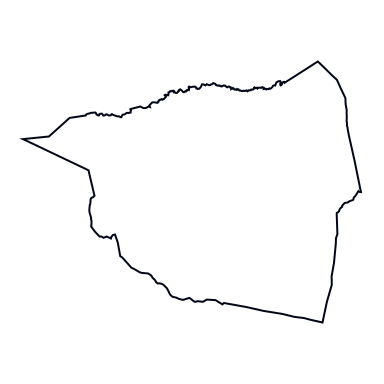 outline of Santiago Xiacuí, Oaxaca, Mexico
{"feature_id": "50627088B71716696666560", "entity_name": "Santiago Xiacuí", "entity_type": "district", "adm_level": 2, "iso_a3": "MEX", "parent_name": "Mexico", "parent_adm1": "Oaxaca", "projection": "orthographic", "projection_center": [-96.402, 17.272], "detail": "fine", "context": "isolated", "style": "outline", "palette": "ink", "viewbox_px": 384, "rotation_deg": 0, "n_neighbors": 0, "source": "geoboundaries", "source_scale": "gbopen_adm2", "svg_char_len": 5553}
<svg xmlns="http://www.w3.org/2000/svg" viewBox="0 0 384 384"><path d="M361.0,192.1L360.3,189.0L354.5,160.5L348.7,134.6L347.3,126.7L346.9,125.4L347.0,123.2L346.6,121.1L346.8,116.5L346.6,113.4L346.7,110.2L345.6,103.9L345.4,98.1L340.5,87.8L336.9,79.8L332.2,75.5L321.0,64.5L317.8,61.5L284.7,82.7L284.6,82.2L284.4,82.0L284.1,81.8L283.5,81.9L282.9,82.3L282.6,82.6L282.2,83.6L281.5,84.9L280.7,85.4L280.4,85.0L280.2,84.3L280.4,82.9L280.8,82.2L280.4,81.2L278.9,81.1L278.3,81.3L276.4,82.4L275.2,85.5L274.3,85.3L272.9,85.9L272.3,87.1L271.0,88.3L270.3,88.7L269.3,88.4L268.6,89.1L266.6,89.0L266.3,89.4L266.1,89.4L265.8,88.8L265.0,88.8L263.9,89.0L264.1,88.4L263.9,87.8L263.5,87.8L263.1,87.5L262.5,87.2L262.3,87.5L261.9,87.4L261.7,87.8L261.0,87.8L260.5,87.7L260.1,87.8L259.7,87.7L259.2,87.7L258.8,87.7L258.1,88.1L257.8,87.9L257.6,88.2L257.4,87.8L256.9,87.7L256.4,88.1L255.9,88.3L255.2,87.8L254.4,87.3L254.0,87.6L253.9,87.9L254.0,88.4L253.6,89.2L253.0,89.6L252.5,89.4L251.6,89.6L251.1,89.6L250.8,90.2L250.4,90.1L250.1,90.3L249.7,90.3L249.3,90.4L248.9,90.5L248.7,90.4L248.4,90.7L248.2,90.5L247.6,90.8L247.3,91.2L246.9,90.8L246.3,90.4L245.8,90.8L244.9,90.9L244.0,91.0L243.6,90.7L243.1,90.8L242.6,91.1L242.1,91.1L241.2,90.9L240.9,90.6L240.4,90.4L239.7,90.6L239.1,90.3L238.8,89.9L238.6,89.4L237.9,89.2L237.7,89.5L237.1,89.2L237.0,89.6L236.7,89.9L236.3,89.6L235.9,89.7L235.6,89.5L235.3,89.4L234.8,89.3L234.4,89.5L234.2,89.1L233.8,88.6L233.3,88.7L233.2,88.5L232.7,88.7L232.3,88.5L232.3,88.2L231.9,88.4L231.5,88.7L231.6,88.1L231.4,87.9L231.2,88.1L231.2,87.8L230.9,87.5L230.7,87.5L230.4,87.2L230.0,87.3L229.9,86.9L229.7,86.8L229.0,86.5L228.4,86.5L228.0,86.9L227.6,87.0L227.3,87.3L226.7,87.2L226.4,86.8L225.9,86.3L225.5,85.8L225.0,85.6L224.6,85.8L223.9,85.4L223.2,85.8L222.5,85.8L222.0,86.3L221.5,86.1L221.3,86.4L220.7,86.3L219.9,86.0L219.6,85.5L218.8,85.4L218.2,85.7L217.0,85.5L216.7,85.1L215.8,84.9L215.6,84.2L215.1,83.7L214.2,83.5L213.3,83.4L213.1,83.2L212.1,84.2L211.1,84.3L210.4,85.0L208.9,85.2L208.4,84.8L207.9,84.7L206.7,84.2L205.5,85.4L203.7,84.5L202.1,84.3L201.2,86.2L200.5,87.4L199.3,88.7L198.7,88.6L197.8,89.0L196.3,88.4L196.4,87.6L195.6,87.1L195.1,86.6L194.2,86.6L193.4,86.8L193.0,86.7L190.4,87.3L189.5,86.6L188.8,86.7L188.6,87.1L189.0,87.7L189.0,88.7L189.0,89.7L188.9,90.1L187.7,89.7L187.1,90.0L186.7,90.9L186.4,90.8L186.1,91.3L185.7,91.1L185.1,91.3L184.8,91.8L184.6,92.0L184.4,91.9L184.0,92.1L183.7,92.1L183.2,92.1L182.9,91.7L182.6,91.4L182.2,90.9L180.9,89.8L180.6,89.7L180.4,89.4L179.9,89.5L179.6,89.5L179.4,89.7L179.2,90.2L178.8,90.3L178.8,90.8L178.5,90.8L178.2,91.3L178.2,91.7L177.9,91.9L177.6,92.2L177.3,92.7L177.0,92.9L176.6,92.9L176.1,92.9L175.6,92.9L175.4,92.9L175.1,92.6L174.8,92.3L174.6,91.9L174.5,91.7L174.2,91.6L174.2,91.3L173.9,91.0L173.8,90.9L173.6,91.1L173.5,91.3L173.4,91.0L173.2,90.9L172.9,91.0L172.8,90.8L172.3,90.9L171.9,91.0L171.4,91.0L171.0,91.3L170.9,91.1L170.4,91.1L170.1,91.4L169.6,91.5L169.4,92.0L169.0,92.5L168.5,92.5L168.5,93.2L168.4,94.3L168.5,94.8L168.1,95.3L167.4,94.9L167.0,95.0L165.8,94.7L164.7,95.2L166.0,96.8L164.5,98.3L164.2,98.9L163.7,99.0L162.6,99.7L161.9,99.1L160.6,99.5L160.6,99.8L159.7,99.9L158.8,100.5L158.5,101.7L158.0,101.7L157.5,102.8L156.4,102.7L154.5,102.3L152.8,102.3L152.0,102.6L150.5,104.2L149.4,105.4L149.9,106.9L148.9,106.5L148.7,106.4L146.5,107.7L145.4,108.1L143.9,108.0L142.9,107.9L142.5,107.7L140.3,106.5L139.3,106.8L137.7,107.2L130.4,109.1L130.4,109.3L130.4,109.5L130.5,109.8L130.7,110.0L130.9,110.4L130.9,110.6L130.8,111.2L130.6,111.8L130.5,112.1L130.6,112.5L130.2,112.6L129.8,112.7L129.1,112.8L128.7,112.9L128.2,113.0L127.6,112.9L127.0,112.9L126.1,113.2L125.7,113.7L124.2,114.5L123.2,114.5L122.5,114.9L122.4,115.0L122.0,115.7L121.8,116.2L121.7,116.5L121.3,117.2L120.6,117.2L118.8,116.3L117.2,116.3L115.4,115.7L113.3,115.0L112.8,114.7L112.0,114.1L111.9,114.1L111.6,114.2L111.5,114.3L110.9,115.2L109.6,115.5L108.5,115.4L106.7,114.3L106.0,114.4L105.9,114.5L105.0,115.2L104.8,115.3L104.7,115.3L104.1,115.5L103.7,115.6L103.2,115.5L102.8,114.8L102.5,114.2L102.4,114.1L102.0,113.8L101.9,113.7L101.1,113.6L100.3,113.8L99.7,114.0L99.4,114.1L99.3,114.7L99.1,115.3L98.7,115.4L98.4,115.5L97.5,115.2L97.2,114.9L96.9,114.7L96.2,113.9L96.1,113.6L95.9,113.1L95.7,112.8L95.4,112.5L94.7,112.5L93.6,112.7L93.1,112.7L91.4,112.8L91.1,112.9L90.7,113.0L89.1,113.5L87.4,113.9L86.2,114.4L85.7,115.2L85.7,115.5L69.6,117.9L48.9,136.5L23.0,139.1L88.5,170.3L94.5,195.8L92.7,197.4L91.4,197.9L90.6,199.3L90.3,203.9L89.8,204.8L89.5,207.8L89.3,210.2L89.5,211.8L89.7,213.1L91.0,217.4L91.1,219.6L91.5,220.7L91.5,223.4L91.2,226.6L94.8,231.5L99.5,236.5L101.5,236.5L103.6,237.8L106.7,236.5L110.9,238.5L111.3,237.0L112.9,235.0L115.0,234.5L117.7,242.3L117.8,242.6L120.2,256.1L122.3,257.5L131.3,267.6L135.2,269.6L139.8,272.3L141.7,272.9L148.3,273.5L151.1,275.4L152.8,278.0L155.1,280.2L156.3,282.4L157.9,283.5L159.4,283.3L161.8,283.9L163.6,284.9L167.1,288.5L170.1,294.6L172.4,296.7L176.4,297.7L179.1,298.9L182.4,299.8L183.4,299.8L189.3,297.9L190.6,298.7L194.1,301.5L195.1,301.8L197.8,301.2L202.9,301.8L206.8,299.6L215.5,300.1L222.4,304.4L223.9,303.0L245.7,306.9L263.5,310.9L282.2,313.9L294.5,316.9L303.8,318.0L311.4,320.0L322.5,322.5L327.0,301.4L331.8,284.8L331.6,276.4L334.0,262.8L334.5,257.4L335.8,243.7L336.0,238.2L337.4,234.0L336.7,214.0L336.8,212.9L337.9,212.4L339.0,211.2L339.5,209.6L340.4,208.2L342.1,206.9L342.2,205.7L344.5,203.1L345.5,202.8L347.7,202.5L349.3,201.3L351.8,200.4L352.9,200.0L353.5,199.1L353.8,197.5L355.1,196.3L356.5,194.2L358.3,191.2L358.7,191.6L359.9,192.0L361.0,192.1Z" fill="none" stroke="#020617" stroke-width="2"/></svg>